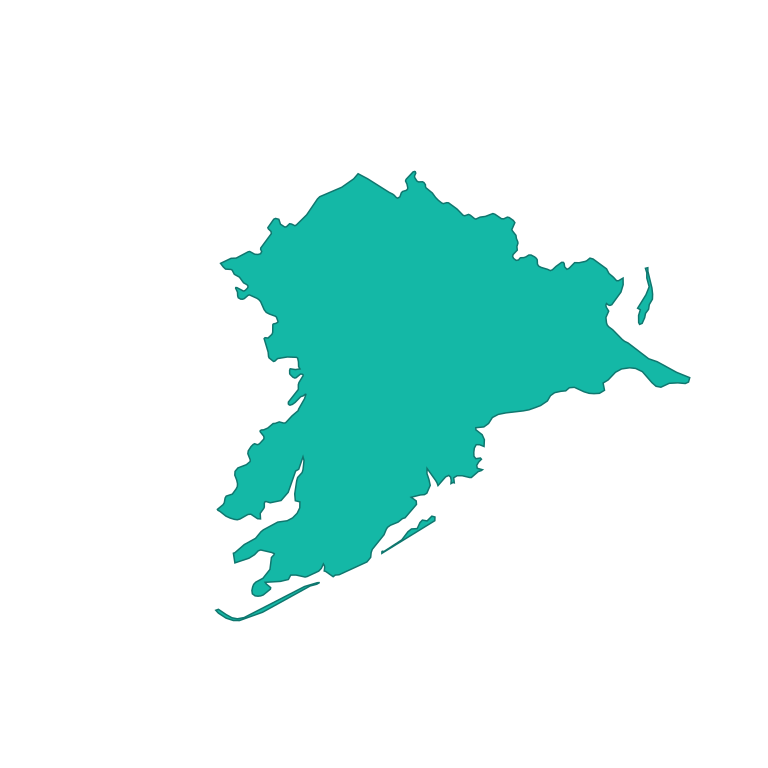 outline of Kherson, rotated 319°
{"feature_id": "UKR-4827", "entity_name": "Kherson", "entity_type": "state/province", "adm_level": 1, "iso_a3": "UKR", "parent_name": "Ukraine", "parent_adm1": "", "projection": "mercator", "projection_center": [33.493, 46.65], "detail": "fine", "context": "isolated", "style": "filled", "palette": "teal", "viewbox_px": 768, "rotation_deg": 319, "n_neighbors": 0, "source": "natural_earth", "source_scale": "10m", "svg_char_len": 6174}
<svg xmlns="http://www.w3.org/2000/svg" viewBox="0 0 768 768"><g transform="rotate(319 384 384)"><path d="M618.9,579.8L615.1,582.3L611.7,581.3L606.5,575.9L599.7,570.6L590.9,568.1L587.8,564.2L587.1,558.8L587.1,544.2L584.1,537.3L580.0,532.9L573.2,528.5L566.4,527.0L555.8,528.0L550.0,527.0L546.3,533.4L540.5,532.4L536.1,529.0L532.7,525.6L529.9,521.2L525.5,511.4L521.4,508.4L516.7,508.4L512.6,505.5L507.1,502.5L502.0,502.0L496.2,504.0L488.1,503.0L482.6,501.0L476.5,498.6L471.4,495.6L457.1,485.8L450.3,481.9L443.8,480.4L437.0,482.4L431.2,481.9L424.6,477.2L423.3,478.8L424.8,486.7L423.2,491.9L418.5,496.8L416.3,492.5L413.8,490.3L410.2,491.6L407.0,494.4L404.5,497.5L404.3,500.6L408.2,503.1L408.2,504.7L404.3,505.0L400.6,506.2L399.1,508.8L402.1,513.3L400.7,513.2L397.6,511.9L388.6,511.9L387.4,510.9L382.9,504.6L379.0,501.2L375.1,500.5L372.2,504.7L371.4,503.6L369.2,503.1L371.6,500.7L373.2,497.9L372.9,495.5L369.6,494.5L358.1,496.1L359.2,493.3L359.7,490.6L361.1,476.0L357.7,479.7L355.3,485.5L352.4,490.8L344.7,494.5L341.9,494.0L338.7,491.6L330.2,487.3L331.6,493.4L329.5,496.2L312.1,498.8L309.7,497.7L304.1,497.5L296.1,494.8L292.7,494.5L290.5,495.1L285.1,497.8L266.7,501.1L263.7,502.8L260.2,506.1L254.4,507.1L225.0,498.5L221.8,496.2L219.2,496.1L217.0,487.1L216.2,485.9L219.0,483.4L219.8,482.1L220.2,480.0L215.8,482.0L212.0,482.4L199.7,478.9L197.8,477.9L192.3,470.5L188.2,467.0L183.6,468.8L176.3,465.0L164.2,455.7L164.0,458.0L164.9,463.3L163.7,464.3L154.5,464.0L151.9,463.0L149.7,461.5L147.7,459.3L147.0,456.0L148.8,453.2L151.7,451.0L154.2,449.7L157.2,449.4L165.2,451.2L176.3,449.1L185.2,441.1L189.0,440.7L189.9,440.1L188.7,437.5L182.1,428.4L179.7,427.4L174.3,427.9L167.9,426.9L154.1,421.2L159.3,412.9L160.8,413.5L173.2,413.5L185.8,416.2L194.2,414.8L197.2,414.9L213.2,418.5L221.2,423.7L227.2,425.1L233.6,424.6L239.2,422.2L243.2,417.8L240.5,413.9L244.5,408.4L254.7,399.7L257.5,397.9L264.2,397.1L266.8,395.4L273.4,389.3L275.1,385.8L263.7,392.4L260.2,391.7L240.6,402.9L229.9,404.4L220.2,399.0L217.9,395.3L217.1,394.8L215.5,395.4L213.0,398.3L211.7,399.0L205.7,400.4L202.3,404.8L200.2,402.7L198.1,394.9L195.7,393.2L186.7,391.4L184.2,390.2L182.2,387.9L179.9,384.2L178.0,380.0L176.6,372.4L175.8,370.4L176.0,369.3L183.4,369.5L185.6,368.8L189.3,365.8L191.4,365.1L197.3,367.6L203.5,366.2L206.0,365.2L208.0,363.2L209.8,359.9L211.6,354.9L214.3,352.2L218.7,351.5L227.2,354.6L232.1,354.7L233.3,353.5L235.5,347.3L237.7,345.4L242.6,344.0L245.7,343.8L247.2,344.2L248.5,346.6L249.4,347.1L250.9,347.4L257.2,346.7L258.3,345.7L259.0,344.4L259.2,339.2L259.5,338.3L260.1,338.0L261.4,338.3L263.0,339.6L267.4,341.0L274.4,341.1L276.1,342.4L280.1,343.9L282.8,347.9L284.3,348.7L293.7,347.7L301.8,347.8L302.9,347.0L314.3,343.0L318.2,340.6L317.9,340.1L315.1,339.9L312.8,338.9L304.9,339.6L301.5,339.3L299.2,338.3L298.8,337.7L298.7,336.3L300.0,334.9L315.8,331.9L318.9,328.3L320.8,327.1L328.3,324.7L329.0,323.9L328.9,323.2L327.6,321.7L321.8,321.6L320.6,321.0L319.7,319.1L319.4,315.1L319.7,314.2L321.8,311.7L323.2,311.0L326.6,315.0L330.5,317.5L331.0,314.8L334.0,311.1L335.8,307.8L335.5,306.5L328.8,300.2L320.4,295.0L316.6,295.1L315.4,294.5L314.4,288.9L314.9,287.5L317.5,283.9L323.3,271.1L324.6,271.0L326.6,273.2L332.0,273.0L333.9,272.0L339.0,266.3L339.9,266.1L342.4,267.4L344.4,267.7L345.0,267.3L346.7,263.0L346.5,261.6L343.4,256.0L342.1,252.7L342.3,249.3L344.9,240.9L344.9,238.3L344.4,236.1L340.9,228.5L339.6,227.9L334.6,227.9L333.0,227.3L331.5,225.9L330.6,223.3L331.4,221.5L333.7,218.5L334.9,214.3L335.4,214.0L336.2,214.7L338.8,221.4L339.2,221.9L340.8,222.3L343.6,222.1L344.9,221.7L345.8,220.3L345.6,218.8L344.4,215.5L345.0,208.5L343.0,203.0L344.1,198.5L343.7,197.2L339.8,193.3L339.5,190.1L339.8,185.7L351.0,188.8L355.0,192.0L368.2,195.1L369.6,195.9L371.6,201.3L373.9,203.6L376.3,204.7L378.6,203.8L379.2,201.5L380.2,200.5L397.6,196.6L398.8,194.8L398.5,190.9L398.9,189.8L408.9,187.3L410.8,187.9L412.7,190.7L410.7,195.5L412.1,200.5L413.6,201.3L417.9,201.1L419.2,202.7L420.6,206.1L422.3,206.5L436.6,205.6L455.2,200.7L458.4,200.5L481.2,207.8L495.7,209.3L502.4,208.3L506.3,218.4L513.6,242.7L515.1,246.3L515.5,248.1L515.6,251.3L516.2,252.7L518.8,253.2L522.4,251.1L524.3,250.9L527.9,252.5L529.5,252.4L530.6,251.6L532.5,248.2L533.4,245.0L534.0,244.5L535.2,244.0L545.1,243.0L546.6,243.7L546.9,244.3L546.3,245.7L543.6,247.0L542.7,248.1L542.0,252.4L542.6,254.1L545.8,256.7L546.3,258.2L546.0,260.8L544.9,262.1L544.4,263.4L545.8,271.6L545.3,276.8L545.5,280.8L546.3,285.2L547.1,286.8L550.3,288.3L551.6,289.7L553.9,299.9L554.4,308.6L555.3,310.0L559.1,311.5L559.9,313.3L560.8,318.5L561.5,319.8L566.0,321.1L570.4,324.0L578.0,326.8L579.1,328.7L581.1,336.3L582.7,337.9L586.6,339.0L587.7,340.5L588.9,345.4L588.6,348.1L581.8,351.3L581.4,352.8L581.1,358.4L579.4,361.0L578.3,364.3L577.5,365.6L574.5,367.4L572.4,370.4L566.3,371.0L564.7,372.2L564.2,374.3L564.8,377.4L566.9,378.7L569.2,378.2L570.0,378.4L572.5,380.4L574.6,381.2L578.0,381.7L579.6,383.1L581.1,387.0L581.4,389.2L581.1,390.8L578.4,394.3L578.1,396.6L579.1,399.1L582.7,404.8L583.9,407.5L586.0,408.3L591.0,408.1L597.8,408.7L599.1,409.8L599.1,411.1L597.2,414.1L597.3,417.5L599.8,418.1L607.5,417.5L610.8,420.5L616.3,423.5L617.9,424.0L622.0,424.1L623.8,426.8L627.5,443.1L626.3,448.2L627.2,454.0L627.3,458.6L628.7,459.9L633.9,460.9L629.6,466.0L623.1,470.1L607.9,473.6L606.1,472.9L605.2,471.6L604.7,469.2L603.1,470.1L602.1,472.0L601.4,476.4L595.1,479.4L592.0,483.9L591.2,485.9L591.1,488.1L592.2,493.2L593.0,506.7L593.6,509.7L595.1,513.1L600.3,538.6L604.8,546.4L612.5,567.2L618.9,579.8ZM659.4,469.3L657.1,472.1L649.2,487.3L645.6,492.5L642.2,496.1L636.3,498.1L632.7,501.2L627.7,502.3L624.2,505.0L618.6,507.6L616.0,506.7L616.5,504.7L621.1,499.3L626.2,496.1L625.1,493.2L640.3,488.5L647.9,484.6L651.9,476.4L655.3,472.5L657.2,468.2L659.4,469.3ZM125.2,468.5L191.2,484.7L203.3,490.2L205.2,491.6L201.9,491.0L195.8,488.0L142.6,476.6L119.7,467.7L115.1,463.6L111.2,457.1L108.7,448.3L108.6,444.4L111.2,445.4L113.6,454.4L115.9,460.7L119.3,465.0L125.2,468.5ZM323.7,511.9L326.7,515.6L333.4,515.1L335.2,517.8L332.7,520.5L271.3,510.4L272.4,509.2L273.0,509.1L274.2,510.4L295.2,513.3L305.2,511.2L309.6,511.4L314.2,514.9L320.2,512.2L323.7,511.9Z" fill="#14b8a6" stroke="#0f766e" stroke-width="1.5"/></g></svg>